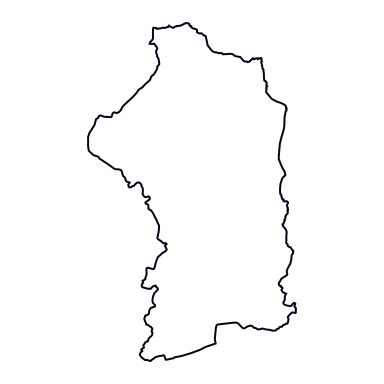 the district of Ko Kha, Lampang, Thailand
{"feature_id": "78962969B17989923372642", "entity_name": "Ko Kha", "entity_type": "district", "adm_level": 2, "iso_a3": "THA", "parent_name": "Thailand", "parent_adm1": "Lampang", "projection": "robinson", "projection_center": [99.355, 18.138], "detail": "fine", "context": "isolated", "style": "outline", "palette": "ink", "viewbox_px": 384, "rotation_deg": 0, "n_neighbors": 0, "source": "geoboundaries", "source_scale": "gbopen_adm2", "svg_char_len": 5981}
<svg xmlns="http://www.w3.org/2000/svg" viewBox="0 0 384 384"><path d="M88.1,137.0L88.1,145.9L88.6,149.9L89.1,151.1L93.4,155.1L98.0,156.6L98.6,157.2L99.5,158.6L110.2,165.7L114.5,168.9L116.4,169.3L118.9,169.4L120.3,169.8L121.1,170.3L121.9,171.5L122.5,174.3L123.2,176.0L125.1,177.8L125.8,180.6L126.8,181.6L129.6,182.4L129.6,182.8L128.3,184.5L128.5,186.2L129.1,187.2L129.8,187.5L131.4,187.0L132.4,186.1L134.1,185.7L135.5,183.9L137.4,182.5L139.2,182.6L140.3,183.3L141.3,184.6L141.7,186.5L142.7,188.1L142.9,192.0L142.5,193.7L143.2,195.2L144.0,196.4L144.8,196.9L146.3,197.1L148.5,196.4L149.2,196.7L149.6,197.5L149.8,199.0L149.5,199.5L145.4,202.4L145.8,203.7L147.8,204.5L148.2,205.0L148.4,205.7L148.4,208.3L148.5,208.8L149.0,209.3L150.8,210.2L152.5,212.2L156.9,220.8L158.0,223.6L159.0,225.4L159.1,225.9L158.7,231.6L157.4,237.6L157.5,238.4L158.2,239.3L161.0,241.1L163.0,243.0L164.0,243.4L165.4,243.0L166.5,243.9L166.5,244.4L165.4,245.1L165.0,246.0L166.6,249.0L166.4,250.3L164.9,251.6L162.6,252.9L157.8,257.2L155.8,262.5L154.6,267.4L154.0,268.7L153.3,269.1L152.5,269.0L148.5,267.8L147.3,267.9L146.7,268.2L146.4,269.0L146.6,273.7L146.3,275.6L145.4,277.7L145.4,278.9L144.1,280.2L142.8,280.5L142.5,281.0L143.1,282.9L142.2,283.8L141.7,285.5L141.9,286.5L142.5,287.2L147.8,288.8L148.8,288.6L150.6,288.9L152.5,286.7L154.3,285.8L155.6,285.6L155.9,285.8L155.9,286.8L157.7,288.2L157.9,289.5L154.2,293.4L152.9,297.0L152.5,300.1L152.6,302.1L153.1,303.1L154.9,305.0L155.1,305.7L154.9,306.5L150.6,308.1L149.3,310.3L148.9,313.6L148.4,314.3L147.1,315.1L145.6,315.4L145.2,315.7L145.0,317.1L144.4,318.1L144.4,319.0L144.9,320.9L146.1,323.3L146.3,324.6L147.8,324.8L148.3,325.1L149.7,326.4L151.0,326.9L152.3,328.5L152.3,329.5L151.7,330.5L151.7,331.0L151.9,332.1L152.4,332.6L152.5,333.2L151.9,335.3L148.8,338.4L147.9,341.1L146.5,341.6L145.2,342.6L144.4,344.0L143.6,344.8L143.3,345.6L144.0,347.5L141.4,349.3L141.3,349.8L142.2,350.6L142.3,351.2L140.8,352.2L139.8,354.6L140.5,356.0L141.7,357.6L145.1,360.0L147.1,360.0L150.2,361.0L150.7,360.9L152.6,359.1L153.6,358.8L154.2,358.0L155.6,357.2L158.5,356.3L163.7,355.3L164.3,355.9L165.7,359.6L166.6,359.7L173.5,358.2L174.7,357.3L181.5,356.0L190.8,353.2L199.6,350.0L205.2,347.1L215.6,343.5L214.8,338.6L216.0,327.2L216.8,325.0L218.4,324.4L235.2,322.5L237.4,323.0L238.1,323.4L242.4,327.8L243.4,328.3L244.6,328.2L247.6,326.4L250.4,325.6L252.2,326.1L254.4,328.0L255.5,328.0L257.6,329.3L259.2,329.4L262.3,328.5L266.1,329.5L269.6,329.8L272.9,330.7L275.3,330.5L276.2,330.2L276.9,329.1L278.7,328.5L279.7,327.0L282.1,326.6L283.3,325.0L284.6,324.7L285.7,323.8L287.3,323.6L287.9,322.4L288.4,320.0L288.4,318.7L287.8,317.2L287.9,316.7L289.6,314.7L290.6,314.0L291.4,312.8L292.7,312.4L295.0,313.0L295.7,312.7L295.9,312.1L295.7,310.8L295.9,309.9L295.8,308.1L294.3,306.2L295.3,303.7L294.7,303.0L294.1,302.9L292.7,303.8L291.3,305.7L290.2,306.1L286.7,305.5L284.0,304.3L283.6,303.7L283.3,302.6L284.8,299.8L284.8,296.7L285.5,294.5L286.1,293.6L283.3,292.6L281.7,290.6L281.5,289.8L282.5,288.3L282.5,287.7L281.1,287.0L280.9,285.9L279.5,285.6L278.9,284.9L278.8,284.0L279.0,282.4L279.7,281.9L280.9,279.5L281.6,278.7L282.2,278.1L286.9,275.1L287.3,274.0L286.8,272.4L286.8,270.5L288.2,267.4L290.4,263.5L290.7,261.7L291.3,259.9L291.6,255.4L292.9,253.5L293.0,252.0L293.4,251.1L292.2,249.9L290.6,247.4L289.0,246.8L287.8,246.0L287.6,244.4L286.7,243.7L286.3,242.8L286.1,241.7L286.6,240.1L286.2,238.8L286.7,231.8L285.9,229.6L282.8,225.8L282.9,224.7L282.6,224.3L283.4,223.9L284.4,220.9L284.9,220.6L284.5,219.5L285.4,218.3L285.3,216.5L285.7,216.1L286.2,214.8L287.5,213.7L287.8,212.1L287.5,211.5L287.7,211.2L287.6,210.8L287.8,210.6L287.5,209.9L288.1,209.4L287.7,208.4L287.7,207.5L286.9,205.9L287.1,204.6L288.0,203.4L288.0,202.6L287.6,201.9L286.8,201.3L286.0,201.2L284.5,201.5L283.4,200.9L283.6,199.5L282.3,199.1L282.0,197.8L281.5,197.2L281.6,196.3L281.3,195.6L281.3,194.9L280.5,194.2L280.2,193.5L280.0,189.1L280.5,183.7L281.9,179.4L283.2,177.2L284.0,176.3L284.7,175.9L285.4,174.9L284.7,171.9L281.8,166.6L278.8,159.2L278.8,156.1L279.5,147.5L279.9,143.5L281.5,137.0L283.6,130.0L284.3,126.5L284.5,118.4L284.8,115.9L285.7,111.4L286.5,110.6L286.1,109.6L286.4,109.3L287.2,109.5L286.7,109.1L286.6,108.2L286.3,108.0L286.2,107.5L285.9,107.6L285.9,106.2L284.5,104.7L281.4,103.2L276.6,101.5L272.1,99.1L271.3,98.4L267.4,93.6L266.5,92.9L266.1,90.9L266.6,88.9L266.1,87.9L267.2,86.2L266.3,85.3L266.7,84.0L266.6,82.7L266.3,82.0L265.7,81.9L265.4,81.0L264.4,80.6L264.1,79.5L263.8,73.1L263.4,71.3L263.6,70.2L263.5,69.7L263.0,69.3L262.4,67.8L261.9,64.5L261.3,62.7L261.3,62.0L262.0,61.4L261.4,59.9L261.5,58.9L261.1,58.0L259.2,58.6L258.7,58.3L257.8,59.1L257.2,58.3L256.4,58.3L254.1,59.2L253.8,59.2L253.8,58.7L253.0,58.2L249.3,61.7L247.7,62.1L246.9,61.6L244.9,61.5L243.6,60.9L240.4,57.1L235.1,56.1L233.1,54.5L231.9,54.0L229.6,53.8L227.1,54.1L222.9,54.2L222.3,53.4L220.0,53.0L218.7,53.2L216.2,52.3L215.1,52.4L213.1,51.6L211.3,50.1L207.7,45.4L205.7,36.1L203.4,35.1L202.5,34.0L201.3,33.3L199.8,33.5L197.2,32.5L197.0,32.2L197.0,29.9L195.5,29.0L192.7,28.3L191.1,26.9L191.2,26.1L189.6,25.6L189.5,24.2L188.3,23.2L187.3,23.4L186.4,23.0L185.8,23.1L180.8,25.5L178.5,26.0L177.2,25.9L176.0,26.5L174.6,26.8L173.9,27.6L173.2,27.9L169.5,26.2L169.0,25.7L168.1,27.1L167.2,26.9L166.2,27.6L164.1,28.0L162.8,27.6L160.9,28.3L157.1,28.8L156.7,28.8L156.6,28.1L153.4,27.7L152.9,28.7L153.1,29.7L152.9,32.5L153.0,38.1L152.3,39.9L150.2,42.2L149.6,43.8L150.3,44.0L154.3,43.7L155.2,45.2L155.9,45.7L157.3,48.3L157.3,48.7L156.1,51.0L156.2,52.8L156.6,54.0L157.1,54.8L157.1,56.4L158.6,59.0L159.3,64.0L159.0,64.7L157.4,66.4L156.9,69.3L155.6,71.4L154.8,73.1L153.7,74.5L151.8,76.0L151.1,76.9L150.1,79.8L149.6,80.4L144.9,84.5L142.3,87.4L138.8,89.6L136.3,93.2L133.2,96.6L123.6,105.5L122.2,107.3L120.7,110.3L118.9,112.1L118.0,112.6L116.7,113.0L114.4,112.4L113.4,112.6L112.6,113.6L111.6,116.7L111.1,117.1L104.4,116.8L100.6,115.5L99.9,115.5L98.9,116.1L97.9,118.1L96.5,118.8L96.0,119.3L94.5,125.0L89.4,133.0L88.1,137.0Z" fill="none" stroke="#020617" stroke-width="2"/></svg>